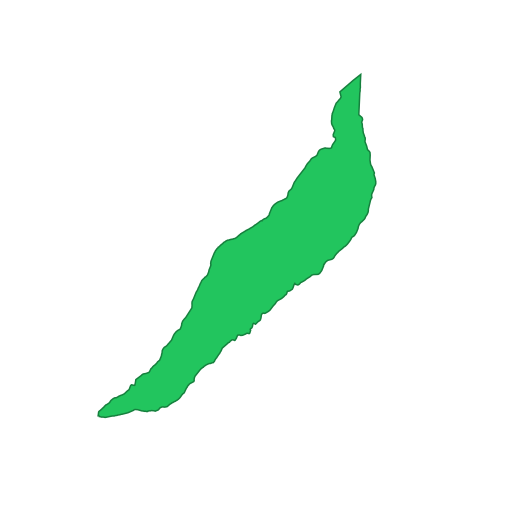 Poas, Alajuela, Costa Rica, rotated 22°
{"feature_id": "36466004B26047404335903", "entity_name": "Poas", "entity_type": "district", "adm_level": 2, "iso_a3": "CRI", "parent_name": "Costa Rica", "parent_adm1": "Alajuela", "projection": "equal_earth", "projection_center": [-84.237, 10.106], "detail": "fine", "context": "isolated", "style": "filled", "palette": "green", "viewbox_px": 512, "rotation_deg": 22, "n_neighbors": 0, "source": "geoboundaries", "source_scale": "gbopen_adm2", "svg_char_len": 6141}
<svg xmlns="http://www.w3.org/2000/svg" viewBox="0 0 512 512"><g transform="rotate(22 256 256)"><path d="M285.1,48.4L280.4,56.6L272.3,72.4L275.3,76.6L275.2,78.4L274.4,80.4L273.9,82.3L273.1,84.3L273.1,89.1L273.4,92.9L273.4,95.7L273.7,96.3L273.7,97.0L275.3,101.8L275.3,102.4L276.6,105.0L277.5,106.0L279.5,107.6L280.2,108.5L281.9,109.8L282.1,110.6L282.1,114.5L282.8,116.0L283.1,116.4L285.2,116.4L286.4,118.6L286.2,120.2L285.3,124.0L285.3,126.3L285.5,127.3L284.7,128.2L283.6,128.8L280.6,129.8L279.6,129.9L276.9,132.1L276.0,133.0L275.4,133.8L275.0,134.8L274.8,136.1L274.8,139.6L274.6,140.1L273.8,141.5L271.8,143.7L270.9,145.0L270.4,147.6L269.1,151.0L268.5,154.4L268.5,155.7L265.0,168.0L264.3,171.8L263.9,173.3L263.9,179.0L263.7,180.6L262.2,183.6L262.2,185.8L262.4,186.1L262.6,187.0L262.8,188.6L262.8,190.3L262.0,191.9L261.6,192.0L260.9,193.0L259.9,194.0L259.2,195.1L258.8,195.2L256.0,197.9L254.1,200.8L254.0,201.3L253.7,201.6L253.1,203.2L252.8,204.7L252.6,205.2L252.6,212.0L252.8,212.4L252.8,213.5L252.2,214.9L252.2,215.4L251.7,216.1L251.3,217.1L249.6,218.6L248.4,220.5L248.4,221.1L247.6,221.3L246.7,222.5L245.9,224.0L244.0,227.1L243.6,227.4L242.0,230.3L240.1,232.6L240.0,233.0L237.1,236.2L237.0,236.7L236.0,237.7L235.6,238.6L235.2,238.9L235.0,239.3L234.3,240.0L233.9,240.9L233.5,241.1L233.0,242.5L232.7,242.7L232.6,243.3L232.3,243.5L231.5,245.3L230.1,247.5L229.0,248.2L227.9,249.3L227.5,249.3L227.2,249.7L226.4,250.0L225.9,250.6L225.5,250.7L225.2,251.1L224.2,251.8L223.8,251.9L222.3,253.6L222.2,254.1L221.2,255.2L220.7,256.1L220.7,256.7L219.4,258.6L219.3,259.2L219.0,259.5L218.7,260.4L218.0,261.8L217.7,262.0L217.7,262.6L217.1,263.8L216.8,265.3L216.6,265.6L216.4,266.7L216.4,267.8L216.2,268.7L216.2,277.7L216.9,280.3L217.5,281.0L217.5,281.6L217.7,281.9L217.7,286.4L218.1,288.6L218.1,292.0L217.2,294.2L216.6,294.8L216.2,296.2L215.4,297.8L214.9,299.3L214.9,301.5L214.7,302.0L214.7,305.9L214.5,306.9L214.5,309.7L214.1,311.9L214.1,319.8L213.9,320.8L213.9,322.5L214.5,324.2L215.3,325.9L215.4,326.4L216.0,328.1L213.9,339.4L213.2,341.1L212.4,343.9L212.5,346.8L213.0,348.0L213.0,349.1L213.1,349.3L213.1,352.2L211.2,354.5L210.1,356.7L210.1,357.1L209.6,358.4L209.3,360.4L209.2,365.8L208.5,367.6L208.2,368.9L207.7,369.9L207.2,371.7L206.7,373.0L205.2,375.0L204.7,376.7L204.5,378.8L205.3,381.3L205.3,382.3L205.7,384.0L205.7,388.7L204.4,391.1L204.1,392.7L203.8,393.2L203.5,394.2L203.3,394.3L203.0,395.2L202.4,396.0L201.8,397.3L201.6,398.3L200.8,400.0L200.7,402.1L200.4,404.0L197.9,406.2L196.1,407.3L195.3,408.0L194.7,409.0L194.4,409.8L190.9,415.6L191.7,419.1L192.0,421.2L191.6,421.6L188.9,422.0L188.5,422.6L188.3,423.1L188.4,427.4L187.1,429.6L185.6,433.0L184.1,434.8L182.8,435.9L181.8,437.0L181.4,437.3L180.7,438.4L179.6,439.7L178.2,440.4L177.1,441.6L175.7,444.1L175.4,445.2L175.1,446.9L173.5,449.4L172.6,450.3L172.0,451.8L171.8,452.0L171.5,453.3L170.7,454.7L170.4,455.6L169.8,456.7L169.6,457.3L168.8,458.5L168.5,459.5L169.4,463.0L169.6,462.8L170.0,462.8L170.8,463.6L171.6,463.3L172.9,463.3L174.9,462.5L176.6,462.2L182.5,458.3L184.7,457.3L185.0,456.9L186.9,455.8L187.5,455.2L189.4,454.1L190.1,453.4L191.2,452.8L196.0,449.3L200.3,444.9L200.7,444.1L201.4,443.6L203.9,442.8L208.1,442.4L209.7,441.9L210.5,441.9L211.7,441.3L212.6,441.3L213.8,440.8L213.9,440.3L215.4,439.3L215.8,439.3L216.9,438.5L219.4,437.7L220.7,437.6L223.0,435.4L223.4,434.5L223.7,433.1L225.1,431.4L226.5,430.6L227.3,430.6L228.5,430.0L229.0,429.5L229.8,429.2L230.3,428.5L231.6,425.9L232.6,424.5L232.9,424.2L233.0,423.7L234.0,422.8L234.1,422.4L235.7,420.8L236.1,420.1L236.9,419.2L237.1,418.7L237.7,417.9L238.5,416.0L239.0,414.2L239.0,413.6L239.2,413.3L239.2,412.8L239.6,411.9L239.7,411.3L240.5,410.2L240.7,409.3L240.9,405.5L241.1,403.9L241.3,403.5L241.3,402.4L241.5,401.9L241.5,401.3L241.8,401.1L242.2,399.6L242.7,398.9L245.3,395.8L245.4,394.8L245.0,394.1L244.5,392.0L244.5,390.3L247.0,381.8L248.4,379.2L248.8,378.9L249.1,377.9L250.8,375.4L252.7,373.4L254.2,372.6L255.4,371.3L256.2,371.0L256.4,370.7L256.5,370.2L256.9,369.3L256.9,367.6L257.1,367.2L257.2,366.1L257.7,365.0L257.7,364.5L258.4,361.0L258.8,360.1L258.8,359.0L259.2,356.9L259.2,354.1L262.6,347.4L262.6,347.0L263.7,345.9L264.1,344.3L264.6,343.8L265.0,343.0L266.0,342.3L267.9,342.3L268.1,342.1L268.6,339.7L268.6,336.7L268.8,336.2L270.3,335.4L271.6,335.4L273.3,334.5L275.5,332.3L276.3,331.2L277.1,330.8L278.4,330.6L279.0,330.3L279.1,329.5L278.8,326.7L278.2,326.3L278.1,326.1L278.2,325.2L278.8,324.7L279.1,324.0L279.1,322.6L278.7,320.9L278.7,319.8L279.0,319.3L281.1,319.4L282.4,316.3L283.6,314.6L284.0,313.7L283.8,311.5L283.1,308.7L283.1,308.0L283.3,307.2L283.9,306.4L284.5,306.1L285.2,306.1L286.1,305.5L288.2,302.8L289.2,301.1L290.6,295.9L291.8,292.8L291.9,291.6L292.4,290.0L292.9,289.1L295.6,285.9L297.0,283.3L297.7,281.3L298.4,280.5L298.5,279.8L298.5,278.5L298.3,277.9L298.4,277.0L300.3,275.8L302.1,273.2L302.2,271.4L302.0,268.2L302.3,266.9L303.1,267.5L305.7,267.2L306.5,266.2L306.9,265.4L307.4,263.8L308.1,263.2L310.1,260.7L310.8,259.6L311.2,258.6L314.0,254.7L314.8,252.9L316.2,251.7L320.4,249.8L321.5,248.4L322.4,244.9L322.4,239.6L322.1,239.2L322.0,238.2L322.4,238.0L322.8,235.5L323.1,235.1L324.1,233.2L327.6,230.6L328.6,229.1L328.9,227.8L329.0,226.4L329.9,223.3L330.5,222.2L330.9,220.8L333.5,216.3L333.9,215.1L335.0,213.6L335.6,212.4L336.3,210.7L337.2,207.5L337.7,205.2L337.8,203.4L338.1,202.3L338.9,201.4L339.6,200.2L340.3,196.6L340.3,192.3L339.9,190.5L339.9,188.5L340.1,187.1L340.6,185.6L341.2,184.7L342.7,181.2L342.9,180.4L342.9,178.3L343.4,176.1L343.5,174.9L343.5,173.3L343.1,171.6L342.6,170.4L341.3,161.5L341.3,160.0L341.6,158.4L340.7,157.0L340.1,155.2L340.3,150.3L339.8,148.5L339.9,146.5L340.1,145.3L339.9,143.9L339.0,141.8L338.4,141.0L337.7,139.7L335.0,136.5L334.7,135.5L334.7,134.7L330.0,129.8L328.6,128.8L327.7,127.7L325.7,124.3L324.1,119.7L322.9,117.3L321.8,116.5L319.8,115.7L319.4,115.4L317.4,112.6L314.4,109.4L314.0,108.6L313.6,107.0L313.0,105.6L311.9,104.7L311.5,104.0L309.4,101.7L307.9,99.1L307.6,98.1L306.5,96.9L305.1,93.9L303.8,92.3L303.8,90.0L303.7,89.5L303.0,88.5L302.4,87.9L298.4,86.5L291.1,65.8L290.7,63.9L289.9,62.1L289.7,60.8L288.1,57.0L285.1,48.4Z" fill="#22c55e" stroke="#15803d" stroke-width="1.5"/></g></svg>